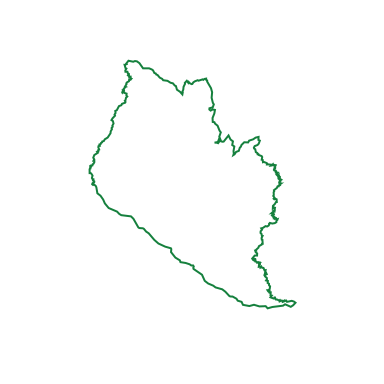 the district of Orocué, Casanare, Colombia, rotated 65°
{"feature_id": "7082276B28249229297744", "entity_name": "Orocué", "entity_type": "district", "adm_level": 2, "iso_a3": "COL", "parent_name": "Colombia", "parent_adm1": "Casanare", "projection": "robinson", "projection_center": [-71.616, 4.911], "detail": "fine", "context": "isolated", "style": "outline", "palette": "green", "viewbox_px": 384, "rotation_deg": 65, "n_neighbors": 0, "source": "geoboundaries", "source_scale": "gbopen_adm2", "svg_char_len": 6045}
<svg xmlns="http://www.w3.org/2000/svg" viewBox="0 0 384 384"><g transform="rotate(65 192 192)"><path d="M165.5,275.8L171.3,274.3L178.1,268.2L181.1,267.2L183.1,265.9L188.3,257.6L191.5,256.4L201.4,255.6L202.4,255.0L204.1,251.9L205.0,251.2L208.5,250.3L211.1,248.7L219.5,246.4L224.5,244.2L230.2,239.4L234.1,234.9L235.0,234.9L237.6,236.4L244.4,234.8L248.8,231.9L250.7,232.1L253.6,227.8L256.5,224.7L258.3,223.7L259.1,222.0L260.3,221.9L261.3,222.9L262.4,223.1L271.2,217.9L277.9,218.0L281.8,216.0L285.9,212.3L288.4,211.0L293.0,205.7L296.5,203.9L302.1,202.1L302.9,201.4L303.9,199.4L307.5,196.8L309.8,196.5L312.5,193.5L315.8,193.5L319.6,188.2L320.4,183.5L324.2,179.2L326.6,173.5L329.4,172.6L330.2,167.7L333.5,157.5L333.1,155.1L337.8,151.0L337.4,148.2L336.1,145.0L334.4,145.9L332.8,147.6L331.7,152.3L330.2,152.5L330.0,155.2L329.5,154.8L329.6,156.0L329.0,155.7L328.2,156.8L328.3,157.6L327.6,157.8L327.9,158.7L327.2,158.5L327.3,158.9L325.6,160.1L324.8,161.5L322.6,161.4L322.5,161.7L323.4,162.1L323.1,163.0L320.6,165.4L319.6,163.5L318.8,164.5L316.3,163.1L315.9,164.4L314.9,164.5L314.5,163.6L313.7,164.2L313.8,165.0L312.9,165.1L313.2,164.2L312.8,162.6L310.5,161.1L309.2,161.6L307.7,161.0L306.4,161.9L304.7,160.8L303.5,162.2L302.8,161.0L301.5,160.5L299.5,161.4L298.1,161.5L298.1,159.0L296.3,159.0L296.2,160.0L293.9,158.3L293.6,159.4L291.0,159.3L290.4,160.3L289.5,160.6L289.5,161.7L288.5,161.0L288.0,163.1L286.1,161.9L286.1,160.9L284.9,160.4L284.8,161.6L284.3,161.7L284.3,160.7L283.6,161.5L283.6,162.8L283.0,162.7L280.4,164.6L280.3,163.2L279.5,163.0L279.2,163.7L279.9,164.1L278.6,164.2L278.8,165.4L277.8,165.6L276.1,162.0L277.1,159.9L275.2,158.9L273.5,159.7L271.8,159.5L272.1,158.7L271.6,158.7L270.5,155.3L269.4,154.3L269.1,151.0L268.5,150.5L268.8,149.8L265.1,148.4L264.7,148.9L263.1,148.4L261.8,146.8L261.6,147.3L259.4,146.7L258.1,147.2L256.6,146.4L255.7,144.4L254.2,144.6L254.5,142.8L254.0,139.8L255.0,138.5L254.8,136.7L254.0,135.6L253.4,135.6L252.9,134.5L254.5,132.6L255.2,130.1L255.0,128.3L253.2,127.3L253.4,126.5L252.8,125.9L252.7,126.9L251.4,126.8L251.4,128.0L250.7,127.7L250.5,128.6L249.6,127.8L249.0,128.0L249.0,128.8L247.6,128.2L247.5,129.2L247.0,129.5L245.7,127.8L246.2,127.2L245.1,127.1L244.7,128.6L244.2,127.0L244.5,125.8L243.4,126.0L243.7,124.8L242.7,124.3L241.5,124.5L241.8,123.8L241.4,123.5L240.8,124.6L240.3,124.5L240.7,125.5L238.8,124.5L237.8,121.8L236.6,120.2L236.9,119.4L234.4,118.4L233.7,119.0L233.4,120.5L232.6,120.8L232.2,119.6L229.9,120.0L229.4,119.2L226.7,118.1L226.1,117.2L225.0,117.0L224.2,113.4L223.0,112.0L223.5,111.1L223.0,110.6L223.0,109.5L222.4,109.6L222.1,108.3L221.9,109.0L221.2,108.2L220.5,109.1L220.1,108.9L219.3,108.0L219.4,107.2L218.7,106.8L218.6,105.9L217.4,106.6L217.3,107.6L216.4,108.0L215.8,107.5L216.5,106.6L215.6,106.0L215.0,106.7L214.5,105.5L214.5,106.1L213.9,106.2L213.9,107.0L213.0,106.4L213.2,107.6L211.8,108.1L211.2,107.0L210.9,107.7L210.4,107.6L210.3,106.7L209.6,107.7L208.8,107.0L208.1,107.1L207.5,108.2L206.7,108.4L205.9,107.2L205.7,107.6L205.3,107.2L205.7,105.9L204.8,106.8L203.1,104.8L202.3,105.8L202.3,106.8L201.0,106.8L201.7,108.4L201.5,109.1L201.2,108.4L200.8,108.5L199.0,111.6L198.8,110.8L198.8,112.2L197.4,112.0L195.1,114.2L195.0,115.1L192.8,114.4L192.2,115.2L190.0,113.6L188.9,113.7L186.6,115.9L185.8,115.8L185.5,116.6L184.3,116.3L182.8,117.3L180.0,116.6L178.9,117.3L178.0,117.2L176.9,115.8L177.1,112.8L176.4,111.1L174.1,108.8L172.9,109.8L170.2,108.4L169.6,111.4L170.1,114.3L169.6,118.5L170.8,120.2L169.0,123.6L170.3,127.3L171.6,128.6L172.0,129.9L174.5,132.2L174.3,135.1L175.8,137.5L176.0,138.9L174.9,137.9L172.5,137.1L168.6,134.4L166.4,135.7L163.4,133.5L160.7,134.9L156.2,135.0L159.7,142.0L159.3,143.2L157.4,145.3L158.8,147.7L157.7,148.8L156.8,150.7L157.6,147.4L155.3,145.0L156.7,144.1L153.4,143.9L150.1,140.7L148.0,141.1L142.7,140.8L139.8,142.2L138.2,142.2L137.3,143.6L133.6,142.1L130.3,138.6L127.3,136.5L125.9,138.4L126.1,140.7L124.6,141.4L123.5,140.8L124.0,137.4L121.8,135.2L120.0,135.4L114.9,134.4L110.1,131.6L105.9,130.9L98.3,131.6L97.3,131.1L96.2,131.8L95.2,131.3L94.8,132.9L95.1,134.4L94.4,134.8L93.9,139.0L93.1,139.6L92.9,142.7L93.2,144.5L94.2,146.0L94.1,146.7L92.4,148.1L90.9,148.5L91.5,149.2L89.0,149.7L90.1,152.4L91.0,152.6L93.1,155.2L95.6,156.7L97.0,158.3L97.7,158.2L99.5,159.5L96.1,160.5L92.9,162.4L89.2,161.8L88.3,162.6L85.4,163.4L83.9,165.3L80.9,167.2L78.5,170.9L76.9,171.2L74.7,172.9L71.3,173.8L70.5,174.7L69.2,174.8L68.3,175.8L65.3,175.9L64.0,176.6L61.8,178.6L59.2,184.1L53.0,185.2L50.3,186.7L49.2,188.4L49.1,190.2L46.2,194.1L47.7,197.1L48.4,197.1L48.2,198.2L48.9,198.9L48.5,199.4L51.6,199.9L52.4,199.3L53.7,201.1L54.9,201.5L55.7,199.7L57.2,200.0L58.1,199.4L59.1,200.8L59.7,200.5L59.7,199.8L61.2,200.3L61.5,198.9L62.5,199.2L63.3,200.1L63.8,199.3L64.3,200.3L63.5,201.4L65.0,202.4L65.1,204.4L65.7,205.6L66.5,205.7L68.0,208.0L68.6,207.6L68.5,208.4L69.0,208.5L69.5,210.2L71.2,210.7L70.5,211.7L71.4,212.0L72.1,213.1L72.5,213.1L72.2,212.6L72.9,211.6L73.4,211.6L75.2,209.7L76.9,210.7L78.1,210.3L78.7,212.0L80.7,213.5L80.9,214.3L82.3,214.2L82.8,214.8L82.5,218.2L83.5,219.4L83.3,221.9L86.1,225.6L86.1,227.3L88.1,227.9L89.1,229.5L90.3,229.5L91.6,232.8L92.8,234.6L94.3,233.7L96.8,234.2L98.3,236.2L99.3,236.3L100.1,237.9L101.2,238.0L102.7,240.1L104.3,241.0L107.0,245.4L107.4,248.8L108.5,250.3L108.3,252.0L109.0,252.5L109.1,253.7L109.9,254.5L109.8,255.8L111.2,256.0L110.9,257.3L111.8,258.0L114.3,258.2L114.3,259.1L114.9,259.3L115.3,260.8L116.0,260.3L116.2,261.0L116.7,261.0L117.2,264.9L119.2,267.0L121.0,266.8L121.9,267.9L122.1,267.2L123.7,267.9L124.8,269.4L124.9,270.3L125.8,271.0L125.2,272.7L125.4,273.3L125.8,273.3L125.8,272.9L126.2,273.4L126.6,273.1L127.1,274.0L127.0,273.5L127.6,274.0L127.3,274.3L128.1,275.2L131.6,276.8L132.0,275.9L132.8,275.5L135.1,275.2L137.0,276.8L138.4,276.7L138.7,276.1L139.6,276.8L140.0,276.2L141.0,276.6L141.3,276.2L141.8,276.5L142.1,278.6L142.8,279.2L143.2,279.0L142.4,278.3L143.0,278.0L143.5,278.4L143.2,278.1L144.0,278.0L144.2,277.4L145.8,276.7L147.3,276.7L153.2,278.3L156.7,276.5L161.3,275.7L165.5,275.8Z" fill="none" stroke="#15803d" stroke-width="2"/></g></svg>